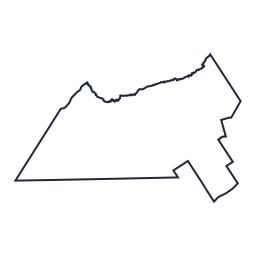 Caseros, Santa Fe, Argentina (Robinson projection)
{"feature_id": "61730980B68223475909099", "entity_name": "Caseros", "entity_type": "district", "adm_level": 2, "iso_a3": "ARG", "parent_name": "Argentina", "parent_adm1": "Santa Fe", "projection": "robinson", "projection_center": [-61.441, -33.197], "detail": "fine", "context": "isolated", "style": "outline", "palette": "slate", "viewbox_px": 256, "rotation_deg": 0, "n_neighbors": 0, "source": "geoboundaries", "source_scale": "gbopen_adm2", "svg_char_len": 5293}
<svg xmlns="http://www.w3.org/2000/svg" viewBox="0 0 256 256"><path d="M237.8,183.4L226.4,166.0L232.8,161.8L218.3,139.7L218.5,139.6L218.6,139.4L218.8,139.3L219.2,139.3L219.2,139.2L220.0,138.5L220.0,138.3L220.4,138.0L220.4,137.9L220.6,137.6L221.0,137.7L221.3,137.4L221.7,137.3L222.0,137.1L222.4,136.9L222.5,136.8L222.7,136.7L222.8,136.6L223.7,136.6L223.8,136.5L224.2,136.5L224.6,136.6L225.2,136.4L225.8,136.5L221.2,119.9L225.3,118.8L228.4,117.7L231.2,117.7L240.6,101.2L230.5,85.6L215.5,62.5L215.4,62.4L212.0,57.1L210.2,54.4L210.1,54.6L210.1,54.9L209.8,55.2L209.7,55.5L209.4,55.8L209.2,56.0L208.8,56.1L207.1,57.5L206.7,57.7L206.6,57.8L206.4,58.2L206.3,58.3L205.9,58.5L205.9,58.8L205.9,59.3L205.9,59.5L205.5,59.8L205.5,60.0L205.5,60.3L205.3,60.6L205.0,60.9L204.8,61.4L204.6,61.6L204.5,61.9L204.3,62.0L203.9,62.2L204.0,62.5L203.4,63.3L203.1,63.4L202.9,63.6L202.8,64.2L202.7,64.3L202.3,64.4L202.1,64.6L202.1,64.8L202.4,65.0L202.9,65.3L203.3,65.3L203.3,65.9L203.4,66.0L203.6,66.0L203.9,65.9L204.1,66.0L204.2,66.4L204.1,66.6L203.9,66.7L203.4,66.6L203.1,66.9L202.4,67.2L202.3,67.3L202.2,67.6L202.3,67.8L202.3,68.0L201.7,68.2L201.2,68.6L200.1,69.1L199.8,69.2L199.6,69.5L199.4,69.6L198.8,69.5L198.5,69.6L198.2,69.9L198.2,70.1L197.9,70.2L197.4,69.9L197.2,69.9L196.8,70.1L196.6,70.2L196.2,70.9L196.0,71.2L196.0,71.5L195.5,72.0L194.4,72.8L194.0,72.8L193.7,72.5L193.1,72.8L193.2,73.2L193.0,73.5L192.6,73.4L192.4,73.5L192.2,73.8L192.0,73.6L191.8,73.5L191.7,73.7L191.7,73.8L191.9,74.1L192.0,74.3L191.8,74.6L191.6,74.8L191.6,75.3L191.5,75.5L191.1,75.4L190.3,75.8L190.0,75.7L189.9,75.5L189.9,75.2L189.2,75.2L189.1,75.6L188.9,75.8L188.3,75.7L188.2,75.8L188.2,76.2L188.2,76.4L187.8,76.0L186.5,76.5L185.6,77.1L185.3,77.1L184.4,77.6L183.8,78.1L183.3,78.2L182.9,78.6L182.5,78.8L181.7,78.8L181.3,79.0L180.7,78.9L180.6,79.0L180.3,79.3L179.7,79.4L179.5,79.5L179.3,79.5L179.3,79.3L179.1,79.1L178.8,79.3L178.3,79.5L178.0,79.7L177.5,79.4L177.2,79.4L177.2,79.6L177.4,80.3L177.2,80.5L177.0,80.3L176.7,79.6L175.9,78.9L175.3,78.4L174.9,78.5L174.4,79.1L173.8,79.3L173.6,79.6L173.6,79.9L173.5,80.0L173.3,79.9L173.0,79.5L172.8,79.5L172.6,79.9L172.2,80.1L171.8,80.4L170.3,80.4L169.4,81.1L169.2,81.1L168.4,81.1L168.0,81.2L167.5,81.1L167.3,81.2L166.9,81.6L165.8,81.5L165.1,81.8L164.5,82.5L164.4,82.5L164.2,82.4L164.1,82.0L164.0,81.7L163.9,81.6L163.6,81.7L163.2,82.1L163.0,82.3L162.1,82.2L161.8,82.3L161.3,82.1L160.9,82.1L160.6,82.3L160.2,82.8L159.8,83.0L159.2,83.2L157.9,83.5L157.5,83.6L157.3,83.8L157.0,84.1L156.7,84.3L156.3,84.2L155.9,84.0L155.6,84.1L155.3,84.4L154.6,84.7L153.6,84.8L153.4,85.1L153.5,85.3L153.3,85.4L153.2,85.4L152.7,85.2L152.5,85.3L152.2,85.6L151.9,85.6L151.5,85.8L151.3,85.9L150.6,85.9L150.1,86.0L149.5,86.1L149.3,86.3L149.0,86.4L148.6,86.4L148.3,86.3L147.8,86.4L147.5,86.5L146.8,87.0L146.3,87.1L145.6,87.8L144.4,88.2L144.1,88.6L143.7,88.8L143.3,89.1L142.1,89.2L141.8,89.3L141.2,89.3L140.8,89.4L140.4,89.3L140.2,89.1L139.9,89.1L139.2,89.5L138.9,89.5L137.6,91.1L137.5,91.4L137.5,91.9L137.4,92.0L136.8,92.4L136.4,93.0L135.9,93.5L135.4,93.6L135.3,93.8L135.4,94.4L135.3,94.6L135.2,94.7L134.8,94.3L134.5,94.4L134.1,94.8L133.9,94.8L133.2,94.5L132.8,94.6L132.4,95.2L132.1,95.1L131.7,94.7L131.2,94.7L130.8,94.4L130.6,94.5L130.7,94.9L130.6,95.0L130.4,95.2L129.9,95.2L129.4,95.4L128.3,95.2L128.0,95.2L127.6,95.3L126.9,95.8L126.6,95.9L126.0,95.5L124.7,95.6L124.4,95.6L123.8,96.0L123.1,95.8L122.4,95.8L120.6,95.4L120.3,95.5L120.5,96.2L120.4,96.4L120.3,96.7L120.2,97.2L119.9,97.7L120.0,98.2L119.9,98.4L119.4,98.5L119.3,98.9L119.4,99.2L119.4,99.3L119.2,99.5L117.9,99.9L117.9,100.1L118.1,100.5L118.0,100.8L117.6,101.0L117.3,100.9L117.2,100.7L117.1,100.3L116.8,99.8L116.6,99.7L116.1,99.8L115.7,100.1L115.7,100.3L115.5,100.5L115.2,100.5L115.1,101.3L115.0,101.5L114.6,101.6L114.3,101.1L114.1,100.9L113.9,100.8L113.1,100.8L113.0,100.7L112.9,100.5L113.0,99.7L112.7,99.4L111.9,99.3L111.6,99.3L111.5,99.5L112.1,99.5L112.2,99.9L112.1,100.0L111.6,100.3L111.1,101.1L110.7,101.4L109.9,101.8L109.7,101.7L109.7,101.3L109.6,101.2L109.3,101.2L109.1,101.4L108.7,102.0L108.2,102.2L107.3,102.0L106.9,102.2L106.7,102.2L106.1,101.6L105.8,101.6L105.5,101.7L104.6,101.6L104.3,101.4L104.2,101.2L103.9,100.5L103.3,100.0L103.2,99.9L103.4,99.5L103.4,99.4L102.8,99.1L102.3,98.4L101.7,98.1L101.4,98.1L100.8,98.2L100.5,98.0L99.9,97.9L99.7,97.7L98.6,97.2L97.8,97.0L97.1,96.5L96.7,95.6L96.2,95.4L95.9,95.3L95.9,95.0L96.0,94.4L96.0,94.1L95.3,93.7L95.2,93.6L95.1,93.2L94.5,92.7L94.1,92.2L93.9,92.0L93.4,91.7L93.0,91.7L92.6,91.8L92.5,91.6L92.4,91.0L92.3,90.8L91.8,90.4L91.5,90.0L91.4,88.7L91.3,88.3L91.1,88.2L90.7,88.0L90.4,87.7L90.5,87.5L90.7,87.3L90.8,87.0L90.0,86.1L89.5,85.7L89.0,85.5L88.5,85.6L88.4,85.5L88.3,85.0L88.4,84.4L88.2,84.0L87.8,83.8L87.3,83.8L87.2,83.5L87.4,82.4L87.2,82.3L86.8,82.6L86.4,82.7L86.1,83.0L85.5,83.9L84.0,84.5L83.6,84.9L81.3,86.8L80.9,87.8L80.7,88.7L80.2,89.5L80.1,89.8L79.7,90.3L78.1,91.5L77.6,91.7L77.1,92.1L75.7,93.5L75.2,94.2L74.9,94.4L74.4,95.0L73.2,96.0L71.8,97.6L71.2,98.6L71.0,98.9L70.5,100.0L70.2,100.9L69.1,103.1L68.7,103.6L68.4,103.9L67.5,105.0L66.7,105.7L65.8,106.9L64.2,108.1L63.3,108.3L62.8,108.3L60.8,108.8L15.4,180.6L51.6,180.0L103.1,179.0L178.0,177.4L173.4,170.4L187.9,161.0L201.7,182.2L208.3,192.8L214.0,201.6L218.2,197.2L226.1,193.2L232.3,188.9L237.8,183.4Z" fill="none" stroke="#1e293b" stroke-width="2"/></svg>